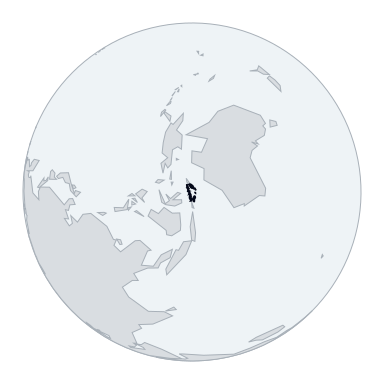 the Earth from above Nusa Tenggara Timur, rotated 259°
{"feature_id": "IDN-1235", "entity_name": "Nusa Tenggara Timur", "entity_type": "Province", "adm_level": 1, "iso_a3": "IDN", "parent_name": "Indonesia", "parent_adm1": "", "projection": "orthographic", "projection_center": [122.339, -9.496], "detail": "fine", "context": "on_globe", "style": "filled", "palette": "ink", "viewbox_px": 384, "rotation_deg": 259, "n_neighbors": 0, "source": "natural_earth", "source_scale": "10m", "svg_char_len": 10662}
<svg xmlns="http://www.w3.org/2000/svg" viewBox="0 0 384 384"><g transform="rotate(259 192 192)"><circle cx="192" cy="192" r="169" fill="#eef3f6" stroke="#a8b0b8"/><path d="M329.2,223.8L329.0,225.1L328.8,225.2L329.2,223.8ZM285.5,51.2L286.0,51.7L284.0,50.3L285.5,51.2ZM271.7,43.0L271.2,42.8L268.8,41.5L271.7,43.0ZM350.3,134.3L348.9,130.5L350.0,133.1L350.3,134.3ZM347.8,128.2L348.3,129.5L347.9,128.4L347.8,128.2ZM347.3,127.4L347.7,128.0L347.4,127.6L347.3,127.4ZM346.8,126.7L347.0,126.9L347.0,127.0L346.8,126.7ZM345.5,124.6L345.1,124.0L345.2,123.8L345.5,124.6ZM271.6,43.0L272.7,43.6L271.0,42.7L271.6,43.0ZM263.2,38.8L260.2,37.5L262.9,38.6L263.2,38.8ZM258.1,36.6L250.6,33.8L252.4,34.7L243.2,31.1L252.6,34.3L255.7,35.5L258.1,36.6ZM239.4,29.8L237.2,29.2L239.0,29.7L239.4,29.8ZM67.0,78.3L67.2,78.2L69.3,75.9L69.5,75.7L79.0,66.4L89.3,57.8L100.2,50.2L111.7,43.4L123.6,37.5L136.0,32.6L136.6,32.4L138.8,31.7L140.7,31.0L141.1,31.3L142.7,30.7L143.2,30.4L146.7,29.3L153.0,27.6L152.7,27.8L150.4,28.4L145.3,30.3L139.2,32.3L139.8,32.3L145.0,30.6L151.3,28.2L155.1,27.2L152.8,28.0L153.9,27.6L155.8,27.2L157.4,27.1L160.3,26.2L180.9,23.5L186.1,23.7L181.7,24.3L195.9,24.3L200.6,25.6L201.1,25.1L208.2,25.5L206.8,25.1L207.5,25.0L225.1,27.2L229.0,28.3L237.1,29.9L237.3,29.8L234.8,29.0L243.2,31.1L252.4,34.7L251.4,34.6L257.8,37.4L254.6,37.1L255.0,38.5L247.9,37.3L248.8,39.0L251.2,40.0L254.2,43.4L252.1,48.0L243.2,39.9L244.3,34.6L242.9,36.1L240.1,34.6L237.6,34.6L236.9,36.1L238.8,36.9L221.5,35.6L213.6,40.2L221.8,41.3L225.8,44.1L223.9,53.0L203.8,64.1L208.8,70.1L208.3,73.6L202.1,74.9L202.7,69.7L197.5,67.2L198.8,64.4L189.1,65.7L190.4,61.7L182.2,65.1L184.0,68.6L192.0,68.5L184.3,73.8L190.9,80.7L190.3,88.6L174.5,101.9L160.5,105.8L159.3,108.5L154.5,105.2L146.9,110.5L155.0,126.9L154.4,131.7L142.7,140.7L142.6,137.1L129.8,128.3L126.5,139.9L136.2,149.8L139.5,161.8L131.7,158.0L128.4,147.6L123.9,144.2L125.8,133.9L123.2,119.3L115.4,122.3L116.6,116.5L111.9,105.5L101.0,109.8L83.2,126.4L79.8,141.8L74.1,149.3L69.8,128.4L72.0,114.5L67.8,116.5L65.5,106.4L54.1,109.0L54.8,105.8L52.2,108.2L50.9,106.0L52.9,100.9L51.1,102.2L46.5,115.7L48.7,114.5L53.8,107.7L51.8,113.0L53.3,116.8L43.4,132.3L30.2,150.3L32.8,139.1L39.6,119.1L45.3,108.2L51.8,97.7L59.1,87.7L67.0,78.3ZM36.7,125.3L35.8,127.5L32.5,136.4L30.0,151.1L29.3,153.2L29.6,156.0L35.5,148.5L34.7,152.4L29.5,172.4L24.8,202.3L27.7,219.3L31.2,234.6L33.2,247.3L38.0,258.7L39.8,264.2L43.2,271.0L47.5,279.1L52.6,287.5L46.1,277.2L40.4,266.5L35.4,255.5L31.3,244.0L27.9,232.4L25.5,220.5L23.8,208.5L23.1,196.3L23.2,184.2L24.2,172.1L26.1,160.1L28.8,148.3L32.4,136.7L36.7,125.3ZM63.9,84.0L66.9,83.1L72.4,75.5L74.0,74.8L75.3,72.7L72.8,75.0L77.0,69.5L80.7,66.7L83.9,63.7L83.1,63.9L75.5,70.1L69.4,77.7L65.8,81.4L63.9,84.0ZM102.3,306.1L105.8,308.0L104.2,308.6L102.3,306.1ZM37.1,227.4L43.9,255.8L42.0,257.3L38.2,249.7L33.4,232.9L34.3,226.8L33.9,218.9L37.1,227.4ZM182.2,192.2L187.5,193.4L187.3,194.2L182.2,192.2ZM176.7,189.1L182.6,189.7L175.7,190.8L176.7,189.1ZM185.0,190.0L191.0,188.9L193.6,187.9L193.2,189.5L185.0,190.0ZM172.7,188.9L151.3,187.7L143.0,185.4L144.9,182.5L158.3,183.6L172.7,188.9ZM144.2,182.4L131.7,174.1L115.5,151.4L121.3,151.6L138.4,165.3L137.3,167.7L144.8,174.2L144.2,182.4ZM175.0,168.6L173.8,176.0L161.9,174.7L156.6,173.3L152.9,163.7L154.9,159.0L159.3,159.3L176.8,144.3L182.7,148.6L177.2,154.9L182.2,161.6L175.0,168.6ZM80.2,143.2L82.5,152.2L79.6,154.1L80.2,143.2ZM184.3,134.1L177.0,140.3L183.8,131.9L184.3,134.1ZM188.7,126.2L188.9,129.5L186.2,126.1L188.7,126.2ZM158.7,112.8L154.1,113.4L154.2,111.2L160.2,109.1L158.7,112.8ZM189.8,95.6L188.8,101.8L187.6,103.8L186.0,99.9L189.8,95.6ZM178.2,23.7L181.2,23.4L182.4,23.4L181.8,23.4L178.2,23.7ZM180.6,23.4L178.3,23.6L177.9,23.6L180.6,23.4ZM289.4,287.6L291.2,290.2L286.3,294.7L279.7,298.8L273.7,298.5L289.4,287.6ZM241.2,288.3L240.8,281.1L247.9,282.1L245.2,287.8L241.2,288.3ZM294.0,284.6L298.3,279.6L299.8,271.7L299.5,279.4L303.1,281.6L292.6,290.3L294.0,284.6ZM214.5,255.6L181.6,265.0L174.2,262.8L175.7,257.4L168.3,240.6L170.6,241.1L168.6,230.2L187.9,221.9L201.6,206.0L212.7,208.3L220.8,197.2L232.4,199.8L229.2,208.9L241.4,217.4L249.3,197.1L257.1,222.1L266.3,232.8L269.3,249.5L254.3,273.7L245.3,277.2L243.4,274.1L239.8,276.2L233.8,273.8L230.1,264.0L226.5,266.2L229.8,260.0L224.7,265.1L221.4,258.9L214.5,255.6ZM297.5,229.7L299.3,231.1L302.2,236.5L299.4,234.7L297.5,229.7ZM324.6,226.6L325.4,229.2L323.6,228.8L324.6,226.6ZM328.8,225.2L326.6,224.9L329.2,223.8L328.8,225.2ZM306.7,218.6L307.6,220.5L306.8,220.8L306.7,218.6ZM305.9,217.8L307.0,215.8L306.9,218.2L305.9,217.8ZM297.3,202.1L298.3,201.3L298.8,202.3L297.3,202.1ZM195.3,194.2L202.5,188.9L206.6,188.9L195.3,194.2ZM295.7,199.1L292.9,198.0L293.2,196.9L295.7,199.1ZM295.8,196.3L295.5,194.5L297.2,199.0L295.8,196.3ZM290.6,190.9L293.9,194.9L290.2,191.1L290.6,190.9ZM288.6,190.7L286.2,188.7L286.3,188.3L288.6,190.7ZM261.9,186.3L270.9,198.5L263.8,196.6L255.8,188.6L249.8,193.2L236.0,189.8L239.1,186.7L237.2,180.9L223.1,176.6L220.3,172.8L225.2,171.1L216.0,167.1L226.1,167.0L230.3,174.7L236.0,170.1L246.0,173.2L255.8,177.5L263.8,184.6L261.9,186.3ZM226.3,182.7L228.0,183.0L226.5,184.9L226.3,182.7ZM281.6,183.4L285.1,187.9L284.7,188.7L283.0,187.7L281.6,183.4ZM265.6,183.8L274.2,179.8L276.2,180.5L270.6,185.9L265.6,183.8ZM272.1,175.5L276.1,177.3L278.3,181.2L277.4,181.9L272.1,175.5ZM205.7,173.4L205.3,175.3L202.7,173.5L205.7,173.4ZM209.0,172.6L216.9,175.7L208.3,174.2L209.0,172.6ZM185.6,163.5L187.9,168.2L195.0,165.9L189.6,169.7L194.4,177.8L192.8,180.6L188.0,171.8L186.4,180.3L183.3,179.9L181.5,172.4L184.6,163.7L187.7,160.3L200.6,160.0L185.6,163.5ZM209.0,166.9L206.9,161.3L208.5,158.0L210.7,161.0L209.0,166.9ZM201.0,148.1L195.7,141.7L190.8,143.5L200.9,136.3L204.3,143.6L201.0,148.1ZM196.8,134.8L192.1,136.4L197.0,132.2L196.8,134.8ZM191.0,134.4L190.7,130.4L194.3,131.2L191.0,134.4ZM199.1,135.3L200.3,128.7L202.0,132.8L199.1,135.3ZM189.6,121.6L197.0,128.6L187.1,125.0L187.5,112.7L191.7,112.7L189.6,121.6ZM218.3,78.9L217.7,76.0L221.8,75.9L221.1,77.9L218.3,78.9ZM234.5,74.4L222.7,75.0L213.1,76.2L215.7,77.9L213.0,82.5L209.4,77.4L216.6,73.0L223.7,73.1L225.4,69.5L231.0,68.0L230.7,63.4L233.3,62.1L235.8,66.4L234.5,74.4ZM230.3,61.5L231.7,54.6L239.1,57.1L240.5,59.1L236.7,61.1L233.0,59.7L230.3,61.5ZM234.3,53.8L230.7,52.5L225.4,42.7L226.2,41.3L234.1,49.4L231.2,48.7L231.2,50.9L234.3,53.8ZM237.6,29.3L237.3,29.2L238.9,29.7L237.6,29.3ZM206.6,24.7L207.9,24.6L209.7,25.0L206.6,24.7ZM212.4,24.7L209.4,24.4L212.7,24.7L212.4,24.7ZM202.7,23.8L208.3,24.2L202.9,24.0L202.7,23.8Z" fill="#d9dde1" stroke="#a8b0b8" stroke-width="1"/><path d="M194.0,188.4L194.0,188.6L193.6,188.7L193.6,188.9L193.4,188.8L193.4,189.0L193.5,189.2L193.5,189.3L193.4,189.4L192.7,189.6L192.3,189.8L191.7,189.8L191.5,189.7L191.3,189.7L191.0,190.0L190.7,190.1L190.4,190.2L190.2,190.2L190.0,190.3L189.9,190.1L189.3,189.9L189.2,190.0L189.1,190.3L188.7,190.2L188.3,190.4L188.1,190.4L187.8,190.3L187.6,190.0L187.4,190.2L187.2,190.1L186.9,189.9L186.3,190.0L186.1,190.1L185.9,190.0L185.7,189.9L185.1,190.0L184.9,190.2L184.7,190.0L184.6,189.8L184.6,189.3L184.8,189.1L184.8,188.8L184.9,189.0L185.1,188.9L185.3,188.7L185.5,188.8L185.5,188.6L185.8,188.5L186.0,188.4L186.3,188.4L186.5,188.4L186.9,188.4L187.3,188.6L187.5,188.5L187.8,188.6L188.0,188.6L188.2,188.8L188.9,189.0L189.2,189.3L189.3,189.3L189.5,189.3L189.8,189.3L189.8,189.2L190.1,189.1L190.3,189.0L190.5,189.0L190.9,188.9L191.1,188.8L191.1,189.0L191.4,189.2L191.7,189.4L191.9,189.5L192.4,189.3L192.5,189.2L192.4,189.1L192.6,188.9L192.8,188.8L193.2,188.7L193.4,188.5L193.6,188.4L193.8,188.2L193.6,188.1L193.3,188.3L193.2,188.3L193.2,188.2L193.3,188.0L193.5,187.8L193.9,188.0L194.0,188.4ZM197.6,192.0L197.8,191.9L197.8,191.7L198.1,191.4L198.1,191.1L198.6,191.0L198.8,190.9L199.0,190.7L199.4,190.5L199.5,190.5L199.6,190.8L199.9,190.7L200.0,190.5L200.2,191.1L199.8,191.1L199.7,191.1L199.6,191.4L199.8,191.6L199.9,192.0L199.7,192.1L199.7,192.5L199.3,192.8L199.0,193.1L198.4,193.6L198.3,193.8L198.0,194.0L197.9,194.0L197.2,194.0L196.9,194.3L196.6,194.4L196.2,194.6L195.8,194.5L195.7,194.6L195.3,194.6L195.3,194.4L195.3,194.2L195.5,194.0L196.1,193.8L196.1,193.7L195.9,193.6L195.7,193.7L195.6,193.3L195.8,193.1L195.8,192.9L195.9,192.7L195.9,192.3L196.1,192.2L196.4,192.0L196.8,191.6L197.1,191.8L197.3,191.7L197.6,191.8L197.6,192.0ZM187.5,193.4L187.6,193.5L187.6,193.8L187.3,194.1L187.0,194.2L186.8,194.2L186.6,194.3L186.4,194.3L185.9,194.2L185.7,194.2L185.4,193.9L185.3,193.6L185.1,193.5L185.0,193.4L184.9,193.4L184.6,193.2L184.3,193.1L184.1,192.9L183.6,192.8L183.3,192.8L182.8,192.8L182.6,192.7L182.4,192.6L182.1,192.2L182.4,191.9L182.8,191.7L183.1,191.7L183.4,191.7L183.6,191.6L183.8,191.7L184.1,191.6L184.3,191.7L184.6,191.7L185.1,191.4L185.1,191.5L185.5,191.9L185.6,192.0L185.7,191.9L185.9,192.0L185.9,192.4L186.0,192.4L186.2,192.5L186.3,192.4L186.6,192.4L186.7,192.6L186.9,192.7L187.2,193.2L187.5,193.4ZM200.2,188.3L200.2,188.6L199.1,188.8L198.8,188.8L198.4,188.9L198.1,189.0L198.0,188.9L197.9,189.0L197.8,188.8L198.0,188.7L198.2,188.4L198.3,188.4L198.1,188.4L198.2,188.0L198.5,188.0L198.9,188.1L199.5,188.1L199.8,188.1L200.0,188.1L200.2,188.3ZM196.6,188.3L196.2,188.5L195.9,188.9L195.6,189.0L195.6,189.3L195.4,189.1L195.3,189.3L195.1,189.3L194.9,189.2L194.7,189.2L195.0,188.8L195.3,188.6L195.0,188.5L195.0,188.4L195.3,188.4L195.6,188.3L195.4,188.6L195.5,188.7L195.8,188.5L195.8,188.3L196.0,188.3L196.3,188.1L196.6,188.3ZM194.9,195.2L195.1,195.3L195.1,195.5L194.9,195.5L194.6,195.7L194.6,195.8L193.9,196.0L193.5,196.2L193.4,196.1L193.4,195.8L193.7,195.7L194.1,195.6L194.2,195.4L194.4,195.3L194.5,195.2L194.9,194.9L195.0,194.8L195.0,195.0L194.9,195.2ZM197.7,188.3L197.7,188.5L197.4,189.0L197.0,189.2L196.9,188.9L196.6,189.0L196.6,188.9L196.8,188.6L197.0,188.5L197.3,188.6L197.6,188.1L197.7,188.3ZM194.9,188.4L194.9,188.7L194.8,188.8L194.4,188.7L194.0,188.8L194.0,188.7L194.4,188.3L194.6,188.3L194.9,188.4ZM190.7,194.8L191.0,194.8L191.0,195.0L190.7,195.3L190.2,195.2L190.5,194.9L190.7,194.8ZM183.9,189.1L184.0,189.3L183.9,189.3L183.7,189.3L183.6,189.5L183.6,189.8L183.4,189.8L183.4,189.6L183.4,189.3L183.5,189.3L183.5,189.2L183.5,188.9L183.6,189.0L183.9,189.0L183.9,189.1ZM194.4,188.8L194.5,188.9L194.4,189.0L193.9,189.1L193.7,189.4L193.7,189.1L193.9,188.9L194.4,188.8ZM195.2,193.9L195.4,194.0L195.2,194.2L195.1,194.4L195.1,194.5L195.0,194.4L194.9,194.5L194.8,194.3L195.0,194.0L195.2,193.9ZM184.4,189.4L184.6,189.5L184.4,189.6L184.5,189.6L184.3,189.7L184.3,189.8L184.3,190.0L184.2,189.9L184.1,189.7L184.1,189.4L184.2,189.6L184.3,189.6L184.4,189.4ZM192.1,188.9L192.2,189.0L192.0,188.9L192.1,188.9ZM190.2,188.4L190.3,188.5L190.2,188.6L190.2,188.4ZM189.8,195.3L190.0,195.3L189.9,195.3L189.6,195.3L189.8,195.3Z" fill="#0f172a" stroke="#020617" stroke-width="1.5"/></g></svg>